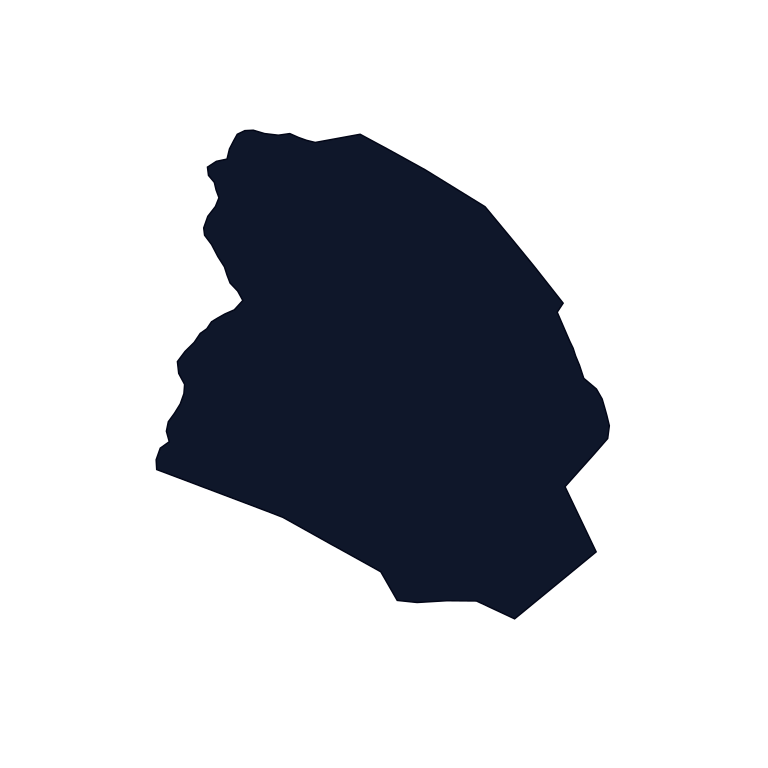 the district of Barreira, Ceará, Brazil, rotated 126°
{"feature_id": "56859067B94020950784274", "entity_name": "Barreira", "entity_type": "district", "adm_level": 2, "iso_a3": "BRA", "parent_name": "Brazil", "parent_adm1": "Ceará", "projection": "natural_earth1", "projection_center": [-38.623, -4.321], "detail": "fine", "context": "isolated", "style": "filled", "palette": "ink", "viewbox_px": 768, "rotation_deg": 126, "n_neighbors": 0, "source": "geoboundaries", "source_scale": "gbopen_adm2", "svg_char_len": 1203}
<svg xmlns="http://www.w3.org/2000/svg" viewBox="0 0 768 768"><g transform="rotate(126 384 384)"><path d="M213.3,286.6L200.6,331.5L197.1,344.8L191.5,366.1L181.2,406.4L186.5,476.4L191.8,518.9L196.0,550.1L229.0,581.6L232.4,589.9L234.8,598.1L236.8,607.4L244.8,615.7L251.6,627.8L255.5,638.9L260.8,645.5L268.2,649.5L275.5,648.6L284.6,647.2L294.3,643.2L302.4,650.5L312.3,654.3L318.4,648.6L320.6,639.8L325.7,633.9L330.3,627.0L339.5,624.7L351.9,625.1L363.7,621.6L369.1,616.6L372.5,605.5L378.6,593.2L383.0,582.0L388.2,574.9L392.8,567.8L394.8,557.0L399.4,547.3L412.0,548.7L420.9,553.9L428.1,557.2L435.0,560.1L443.5,559.8L451.1,562.4L461.9,562.0L474.6,564.1L487.3,564.3L496.1,556.3L501.5,545.1L509.4,540.2L519.9,537.1L530.9,536.3L541.3,536.3L550.1,532.3L556.9,523.8L567.4,527.3L579.2,523.8L586.8,517.6L572.8,466.5L555.9,404.7L551.3,387.4L544.7,332.3L542.8,317.3L537.8,276.2L551.3,246.1L541.3,228.8L522.4,205.8L505.2,181.7L497.2,140.3L450.4,128.1L395.1,113.7L360.7,177.2L339.6,175.1L317.9,172.9L296.6,171.0L285.3,177.2L278.5,185.2L273.8,191.1L267.9,198.7L263.2,209.2L262.0,225.7L254.0,236.8L248.6,245.6L243.9,252.0L240.2,258.9L224.1,286.1L213.3,286.6Z" fill="#0f172a" stroke="#020617" stroke-width="1.5"/></g></svg>